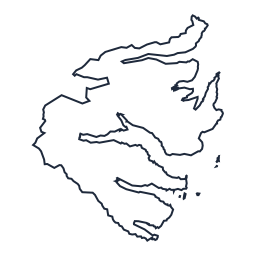 outline of Fjarðabyggð, Austurland, Iceland
{"feature_id": "244011B48850905136863", "entity_name": "Fjarðabyggð", "entity_type": "district", "adm_level": 2, "iso_a3": "ISL", "parent_name": "Iceland", "parent_adm1": "Austurland", "projection": "mercator", "projection_center": [-13.826, 65.041], "detail": "fine", "context": "isolated", "style": "outline", "palette": "slate", "viewbox_px": 256, "rotation_deg": 0, "n_neighbors": 0, "source": "geoboundaries", "source_scale": "gbopen_adm2", "svg_char_len": 5895}
<svg xmlns="http://www.w3.org/2000/svg" viewBox="0 0 256 256"><path d="M90.3,59.1L84.7,65.2L81.8,67.7L76.2,70.4L73.1,74.2L74.7,75.7L76.4,74.2L84.0,77.2L87.3,77.2L98.0,79.6L107.0,77.7L108.8,83.7L90.2,89.2L86.8,88.0L86.2,97.5L89.4,100.9L82.4,103.5L61.6,95.2L45.2,105.5L43.2,109.5L43.9,112.4L43.4,114.5L43.6,116.4L42.9,118.9L44.8,119.7L45.3,121.0L40.1,127.8L41.4,131.8L44.4,133.0L37.2,138.4L35.4,142.7L33.1,145.0L38.9,148.5L41.1,151.3L44.1,159.5L44.7,164.2L47.3,164.0L54.3,167.9L59.4,165.1L61.3,165.3L63.5,168.4L64.6,172.2L66.7,174.3L66.6,175.8L68.2,178.3L71.5,178.8L73.5,181.1L77.7,183.9L79.1,185.7L79.8,188.9L82.3,192.2L92.7,192.7L95.0,194.9L98.3,200.9L101.7,203.7L102.3,205.6L104.3,208.7L107.2,209.3L108.2,215.4L112.3,216.6L112.9,219.3L113.9,221.0L115.5,222.6L118.2,223.0L119.5,225.7L121.8,226.4L123.8,229.6L128.3,231.4L129.3,233.8L132.2,234.5L135.5,234.1L137.3,236.6L141.0,236.4L141.9,238.0L144.0,237.6L145.8,238.5L147.3,240.6L151.5,237.9L151.7,238.6L152.4,238.0L152.8,239.3L154.4,239.1L155.2,240.0L156.7,239.3L157.8,237.0L157.8,235.8L154.3,234.7L152.8,235.5L144.6,229.4L134.0,224.3L133.9,223.2L134.8,221.1L138.3,221.2L146.5,222.9L148.8,223.9L148.6,224.3L149.0,224.4L148.4,224.5L149.4,225.2L153.4,225.4L153.8,226.3L155.1,226.6L155.8,228.2L157.4,227.1L158.6,228.0L161.1,225.9L163.9,220.8L166.5,220.5L167.0,219.2L169.3,217.5L171.3,214.8L173.1,209.5L171.0,207.0L170.3,204.9L169.3,205.7L167.5,205.2L167.4,204.3L166.0,204.4L164.3,203.3L163.4,201.7L160.8,201.2L159.4,200.0L159.1,198.5L155.4,196.7L155.3,195.8L154.0,194.6L140.0,191.8L138.8,192.5L126.3,189.2L120.0,186.1L116.7,182.4L117.0,181.8L115.6,181.2L117.9,180.5L116.9,179.9L117.6,179.2L117.0,178.1L117.3,177.9L132.2,185.5L141.3,186.3L145.1,185.1L147.4,185.8L151.8,183.6L158.8,188.0L161.3,187.6L162.5,188.8L166.2,189.4L166.5,190.5L169.6,188.8L171.2,189.9L173.6,189.8L173.8,191.3L174.4,189.9L177.9,188.9L181.5,190.1L183.3,188.8L186.2,188.7L186.7,187.7L186.0,186.5L186.7,183.3L186.1,179.2L185.6,178.7L186.5,178.0L186.7,177.0L186.4,176.2L187.2,175.2L186.2,175.9L185.8,178.1L184.8,179.0L180.8,179.2L178.6,177.2L177.1,177.9L172.3,177.3L167.7,175.0L166.7,174.1L166.1,172.4L165.3,172.5L163.0,169.8L162.8,167.5L158.7,165.8L156.8,163.9L156.1,164.4L154.2,161.4L153.2,162.6L152.3,161.2L149.5,160.3L148.6,158.0L149.7,156.0L147.9,154.4L147.3,152.0L146.2,151.4L145.7,149.8L141.8,147.8L141.1,145.4L139.1,144.9L137.2,145.8L135.5,144.9L129.9,146.4L126.4,143.5L124.6,143.8L121.7,142.5L120.8,143.5L113.7,140.1L99.3,142.7L96.6,142.0L90.7,142.7L86.2,140.2L83.5,140.7L79.2,139.2L79.5,137.3L80.0,137.1L80.3,134.8L80.9,134.7L80.1,134.7L80.3,133.7L79.5,133.3L83.2,134.8L87.2,134.1L96.4,137.0L100.5,135.5L104.5,135.9L107.5,134.3L110.4,131.5L114.8,131.6L119.5,129.3L120.2,129.8L120.0,130.8L121.0,130.3L120.4,129.7L120.9,129.0L123.6,130.6L127.5,129.5L126.4,126.8L125.6,127.1L123.4,125.3L121.3,120.4L117.6,115.6L117.9,114.6L117.2,114.4L117.8,113.2L118.4,113.6L118.0,114.5L119.1,113.4L118.8,114.2L119.3,115.0L120.5,113.9L121.8,114.4L121.3,114.5L126.9,120.5L126.5,121.5L127.5,121.5L132.8,125.2L143.1,127.9L150.0,132.7L152.1,133.1L155.2,137.5L158.2,138.8L159.6,141.3L161.2,142.0L161.8,144.2L161.6,145.6L163.3,147.4L163.7,149.2L164.5,149.8L165.1,152.2L166.5,154.3L170.0,155.3L172.5,154.0L180.0,154.9L184.3,153.9L191.0,155.3L198.2,151.3L199.9,151.4L202.1,148.9L202.7,145.6L202.2,142.3L198.8,138.4L201.0,133.1L202.5,131.8L204.3,132.3L212.6,128.9L216.2,123.8L217.1,123.5L216.9,122.3L218.0,120.5L220.3,119.6L220.9,117.1L221.6,116.8L222.9,113.6L222.6,112.3L221.5,111.1L221.5,110.0L218.6,109.4L216.4,110.1L214.4,107.8L213.4,105.2L213.7,103.7L215.1,102.3L217.1,97.8L216.5,96.9L217.1,95.3L217.2,93.4L216.6,92.5L217.2,89.2L216.4,86.8L216.6,84.8L216.3,83.6L218.9,78.5L218.3,76.9L218.6,75.5L218.2,74.2L219.4,72.7L219.1,72.4L216.5,74.0L216.5,76.1L214.4,77.9L214.7,78.8L213.5,80.6L211.6,81.5L210.0,83.6L209.2,83.2L208.6,86.1L207.7,87.2L208.0,88.9L205.8,92.8L204.9,96.2L203.3,98.6L203.4,99.3L202.9,99.3L202.8,101.3L201.6,101.9L199.7,105.4L195.6,109.6L194.0,108.5L197.6,98.8L197.6,96.9L188.5,100.0L183.9,100.4L183.2,98.9L183.2,100.6L182.0,100.1L182.8,98.5L187.0,97.4L187.0,96.0L191.8,93.1L193.0,91.3L192.9,88.8L189.9,89.2L184.4,87.6L179.1,88.4L178.1,87.8L177.3,88.2L178.2,88.4L177.9,89.1L174.5,90.6L175.0,90.0L174.3,90.5L173.5,90.3L174.3,90.1L174.3,89.4L173.9,89.9L173.8,89.1L173.1,89.2L177.2,88.1L176.2,86.8L172.1,89.1L171.9,88.1L174.4,86.6L175.3,87.3L176.5,86.5L176.5,86.3L176.3,85.5L176.4,86.5L175.5,86.9L175.8,86.5L175.5,85.2L177.0,85.2L176.5,84.4L176.8,83.4L179.3,81.5L183.6,81.0L187.4,81.8L192.0,80.3L194.8,76.9L197.5,70.4L198.0,68.3L197.8,66.8L198.2,64.4L197.7,61.8L192.7,59.2L189.2,61.6L187.9,61.4L186.3,62.4L179.3,61.8L177.0,63.1L165.7,63.8L156.4,59.5L148.3,58.0L142.0,60.2L123.9,63.2L121.8,61.5L125.4,60.0L138.0,57.9L148.3,54.0L166.9,56.0L174.1,54.7L177.6,53.1L185.3,52.3L192.9,48.9L195.5,46.6L196.0,45.6L195.9,43.4L198.8,41.0L199.3,39.5L201.4,37.0L201.3,36.3L201.8,35.0L201.7,33.4L202.8,31.5L203.9,31.1L204.9,29.8L204.9,28.7L205.4,28.7L207.7,25.4L207.3,24.2L205.3,23.4L203.8,21.3L198.8,19.9L198.5,18.6L198.8,18.2L198.2,17.6L196.7,18.6L195.1,16.6L192.7,15.4L191.7,16.7L191.4,19.9L192.3,21.1L193.3,25.0L187.6,27.9L185.9,30.5L185.7,33.1L180.6,34.0L179.8,35.9L178.2,37.0L171.5,37.3L169.9,39.1L169.1,42.4L160.3,44.3L156.5,42.2L154.8,42.2L147.0,44.5L139.3,48.4L134.8,47.9L131.7,45.0L126.6,47.8L121.3,47.1L105.4,51.9L100.7,55.6L98.4,60.1L90.3,59.1ZM185.6,194.0L184.6,193.4L184.2,194.9L183.8,197.7L184.2,197.5L184.1,198.5L184.6,198.2L185.6,194.0ZM218.8,158.3L218.4,158.1L218.6,157.3L217.5,158.2L217.7,159.3L217.3,160.3L218.9,160.9L218.6,158.8L218.8,158.3ZM199.3,193.6L197.2,193.3L196.8,193.6L197.4,195.1L198.5,195.1L199.3,193.6ZM179.5,197.8L180.2,195.6L180.2,195.3L179.5,196.7L179.5,197.8ZM216.3,166.5L217.0,166.3L217.2,165.3L216.3,166.5ZM218.2,156.4L218.9,156.4L218.9,156.2L218.2,156.4ZM217.4,162.5L217.2,161.6L216.8,161.8L217.4,162.5Z" fill="none" stroke="#1e293b" stroke-width="2"/></svg>